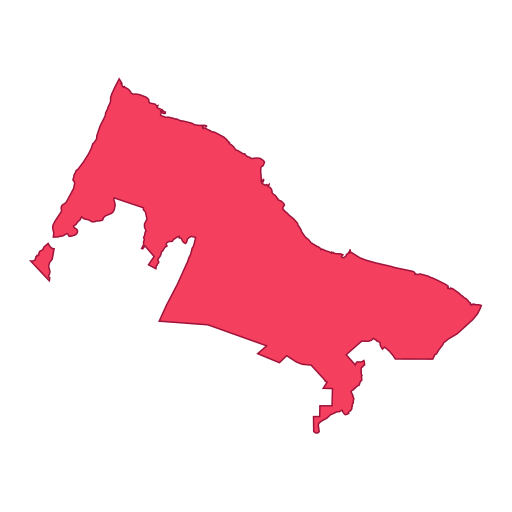 Batu Bara, Sumatera Utara, Indonesia (Albers equal-area conic projection)
{"feature_id": "22746128B96384374000902", "entity_name": "Batu Bara", "entity_type": "district", "adm_level": 2, "iso_a3": "IDN", "parent_name": "Indonesia", "parent_adm1": "Sumatera Utara", "projection": "albers", "projection_center": [99.513, 3.23], "detail": "fine", "context": "isolated", "style": "filled", "palette": "rose", "viewbox_px": 512, "rotation_deg": 0, "n_neighbors": 0, "source": "geoboundaries", "source_scale": "gbopen_adm2", "svg_char_len": 6030}
<svg xmlns="http://www.w3.org/2000/svg" viewBox="0 0 512 512"><path d="M481.3,305.4L478.9,304.8L474.8,304.6L474.4,304.2L473.9,304.5L473.3,304.1L472.7,304.6L472.3,304.3L471.5,305.0L470.5,304.7L470.6,303.6L470.1,302.7L468.8,302.0L468.3,301.0L465.9,298.5L464.7,298.1L462.0,295.7L461.5,295.7L459.5,293.6L452.6,288.6L451.2,288.6L450.9,288.1L450.7,288.5L449.4,288.8L448.8,288.2L447.8,288.3L447.8,287.5L448.2,287.0L448.1,286.2L445.8,284.5L437.3,280.2L431.6,277.6L431.0,277.6L427.8,276.0L419.9,273.9L417.5,274.6L416.0,274.0L415.2,274.4L414.7,272.6L413.0,271.4L394.5,267.5L391.0,266.4L376.1,263.0L366.1,260.2L359.9,257.8L351.1,252.3L349.3,252.8L349.6,251.9L350.3,251.2L350.2,249.4L349.5,251.4L348.0,253.4L346.4,254.5L346.4,255.1L345.9,256.0L344.3,257.4L343.2,257.6L342.3,257.4L341.6,256.8L341.9,255.9L342.9,254.9L340.7,253.8L338.8,253.9L335.0,253.5L333.6,253.2L333.6,252.7L332.7,252.4L332.0,252.6L331.7,252.3L331.4,253.1L329.5,251.9L326.3,251.0L322.4,249.2L320.9,249.6L320.9,248.8L318.1,246.6L316.5,246.4L316.1,245.7L315.2,245.6L314.8,244.8L312.9,244.0L312.3,243.3L311.3,243.1L308.8,239.9L305.1,236.8L301.7,231.9L300.9,229.6L299.7,227.6L298.8,226.1L298.1,225.9L297.6,223.4L293.7,218.9L288.9,215.0L287.4,213.3L284.5,210.9L284.1,210.1L282.9,209.6L283.1,206.9L284.4,205.3L283.9,203.7L281.4,201.2L278.0,199.7L277.8,198.5L277.2,198.4L276.5,196.9L274.8,195.0L273.9,194.7L272.6,193.4L271.9,192.3L272.1,191.6L271.5,189.3L270.1,187.5L268.3,186.5L268.1,185.7L269.0,185.1L269.1,184.4L267.5,185.6L267.1,185.5L266.7,184.6L264.9,185.2L262.2,183.4L261.5,182.6L261.2,180.8L263.1,181.8L263.7,180.1L263.6,179.7L263.1,180.3L262.0,180.3L261.4,179.2L260.7,171.7L260.8,168.3L261.2,166.9L263.1,165.7L264.4,162.6L264.3,161.6L262.8,160.1L260.1,158.3L256.6,158.0L251.8,158.5L250.6,158.2L250.0,157.4L247.5,156.7L244.9,154.6L244.8,153.8L243.9,154.0L243.2,153.8L238.0,150.7L235.8,149.9L233.5,146.8L232.1,145.4L229.2,143.4L229.0,142.8L229.4,142.5L227.0,140.5L227.2,140.1L224.0,137.2L214.6,132.2L211.6,131.7L210.4,130.7L206.9,129.2L205.7,128.0L205.0,127.9L203.4,128.6L202.9,128.1L203.2,127.2L202.5,126.9L202.1,126.1L202.3,125.8L203.7,125.6L206.4,126.4L206.6,126.1L206.3,125.8L204.6,125.3L199.3,125.4L195.3,124.9L193.7,124.3L191.8,123.2L183.8,121.2L182.1,120.8L181.4,121.1L176.4,118.9L175.8,119.2L174.0,118.5L168.7,117.2L165.8,117.3L161.2,115.7L160.5,115.0L161.3,112.4L160.7,111.0L161.3,111.1L162.6,112.9L163.8,113.6L165.2,113.4L165.4,112.1L163.6,111.4L162.3,109.8L157.1,107.8L157.8,105.6L156.7,106.0L155.0,104.1L149.7,103.0L149.0,102.1L148.8,100.1L148.4,99.1L146.0,97.1L139.5,94.6L136.1,94.1L133.1,94.1L131.4,93.3L129.7,90.6L128.0,89.0L125.4,87.5L124.6,87.4L124.4,86.6L123.3,87.2L122.0,85.3L121.8,84.1L121.1,83.6L121.8,83.4L121.4,82.4L119.2,78.9L115.4,86.1L111.9,93.6L110.5,97.8L110.7,100.2L110.1,103.0L108.4,106.3L107.4,109.3L105.6,113.0L105.2,115.9L100.1,126.0L96.8,135.8L96.6,138.8L94.3,142.4L92.7,143.9L91.4,148.1L88.6,153.8L83.3,162.2L78.1,169.1L76.1,170.6L75.3,172.8L74.0,175.0L73.8,177.2L73.0,179.3L73.0,180.1L74.5,182.1L74.7,183.0L73.6,188.5L66.4,201.9L65.5,202.9L62.3,205.1L61.6,206.1L61.1,207.7L61.5,210.7L61.2,211.8L55.0,221.1L53.0,225.2L52.7,226.6L52.7,228.3L53.8,233.2L53.3,237.1L58.1,236.9L59.6,236.4L62.6,236.0L67.1,233.5L67.9,233.9L68.7,235.9L69.3,236.3L71.1,236.2L74.8,235.1L76.8,233.7L77.5,231.9L77.5,230.9L76.9,229.4L73.9,227.4L73.5,226.1L76.0,224.4L77.9,221.7L80.1,219.8L81.5,216.9L84.1,218.8L88.8,219.9L92.0,221.8L94.5,221.8L96.5,221.0L99.5,220.9L102.4,220.2L102.9,219.5L103.5,217.7L105.4,215.9L111.3,213.4L112.5,212.6L113.5,211.2L114.2,209.7L115.1,205.7L115.0,203.8L113.8,199.2L114.1,197.9L143.5,207.8L143.3,209.3L143.7,210.2L145.3,211.6L147.0,219.0L144.5,223.9L144.5,227.2L146.1,231.0L145.2,232.0L144.5,235.8L143.6,237.3L144.4,240.0L143.7,241.2L143.5,242.1L143.6,244.7L141.6,248.5L142.8,248.8L145.0,245.9L154.1,256.5L148.5,264.8L155.9,268.7L156.2,266.0L157.1,265.2L157.4,264.0L158.7,262.7L158.7,261.9L157.7,259.5L160.4,255.8L161.0,254.2L161.4,251.8L162.8,250.9L163.1,249.9L165.4,246.8L166.8,246.4L166.9,245.5L166.2,244.2L166.2,243.6L167.0,242.6L169.0,241.4L170.2,241.6L172.4,241.2L173.3,239.7L176.6,237.4L179.0,236.2L179.3,238.0L180.6,237.9L181.3,238.4L182.0,240.1L183.5,242.4L185.6,243.5L186.7,241.9L187.4,239.1L189.1,237.5L191.4,236.4L195.0,237.2L195.1,237.6L195.6,237.8L193.6,245.9L192.1,248.3L190.7,254.2L188.9,257.7L187.7,261.4L177.3,284.4L166.5,305.1L159.2,321.2L207.8,324.8L266.6,345.8L257.7,353.7L279.4,362.7L286.7,355.7L296.4,362.0L301.4,364.0L303.1,364.4L311.1,365.1L325.2,380.5L325.0,380.9L327.1,382.2L323.2,388.3L332.5,388.6L332.0,405.8L319.9,405.8L319.7,416.5L313.5,416.6L313.7,431.5L315.2,432.7L317.1,433.1L318.4,432.5L319.2,431.6L318.3,425.1L318.7,423.6L320.4,421.9L322.2,420.7L327.0,418.1L330.4,414.8L335.6,412.5L336.4,411.9L339.3,411.7L342.1,410.2L343.4,412.8L345.2,414.7L346.9,414.3L348.6,413.5L348.3,413.1L349.2,411.3L350.8,410.6L351.0,409.7L351.8,408.9L351.9,406.7L352.4,406.3L352.2,404.9L353.3,402.8L353.4,400.3L353.9,398.7L352.7,396.4L353.0,396.0L352.7,395.8L352.6,394.8L351.0,391.7L352.4,390.1L353.7,389.7L354.1,388.5L355.0,388.3L355.5,387.5L357.7,385.8L359.2,385.1L360.1,382.0L361.8,380.1L361.5,376.4L362.0,375.5L361.3,374.1L361.1,368.3L361.9,367.0L362.8,366.8L363.2,365.7L364.0,364.9L364.5,365.0L364.5,363.3L364.3,361.8L363.8,360.5L361.9,361.7L360.9,362.0L357.1,361.9L356.3,362.6L355.3,364.9L346.2,354.7L361.6,341.2L368.6,341.2L371.3,340.3L373.4,338.3L375.0,339.6L376.1,339.9L376.6,340.9L377.8,341.2L379.5,342.2L380.1,343.0L380.2,345.0L380.9,346.6L382.4,349.1L384.6,347.2L386.6,348.7L389.6,351.4L393.3,355.8L395.3,359.0L432.8,359.1L435.0,354.5L436.5,353.9L438.7,350.0L442.6,345.0L443.7,342.7L448.7,338.8L457.1,333.8L472.6,319.8L477.6,313.7L480.4,308.1L481.3,305.4ZM30.7,261.0L47.0,278.4L49.3,280.8L49.8,277.8L48.4,276.4L49.7,273.4L49.9,271.2L48.8,267.1L48.8,265.5L49.7,262.3L52.2,259.3L54.1,248.7L52.6,248.6L50.2,246.9L48.1,243.4L44.0,247.0L42.6,249.8L39.7,251.4L38.9,253.0L38.7,255.1L37.0,255.3L37.1,256.1L36.7,256.1L35.7,257.1L35.4,259.7L33.1,261.0L30.7,261.0Z" fill="#f43f5e" stroke="#9f1239" stroke-width="1.5"/></svg>